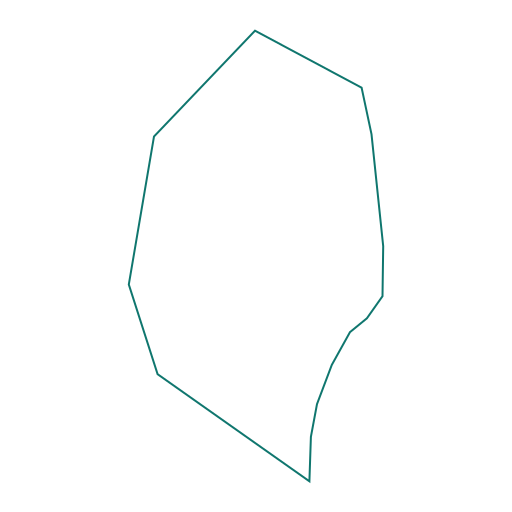 SVG path tracing the border of Dunaújváros
{"feature_id": "HUN-4925", "entity_name": "Dunaújváros", "entity_type": "Urban county", "adm_level": 1, "iso_a3": "HUN", "parent_name": "Hungary", "parent_adm1": "", "projection": "mercator", "projection_center": [18.923, 46.932], "detail": "fine", "context": "isolated", "style": "outline", "palette": "teal", "viewbox_px": 512, "rotation_deg": 0, "n_neighbors": 0, "source": "natural_earth", "source_scale": "10m", "svg_char_len": 304}
<svg xmlns="http://www.w3.org/2000/svg" viewBox="0 0 512 512"><path d="M361.6,87.7L371.5,134.2L383.2,246.2L382.5,296.2L366.9,318.3L350.0,332.1L331.8,364.9L317.0,404.1L310.9,436.8L309.4,481.3L157.6,374.2L128.8,284.5L154.0,136.5L255.0,30.7L361.6,87.7Z" fill="none" stroke="#0f766e" stroke-width="2"/></svg>